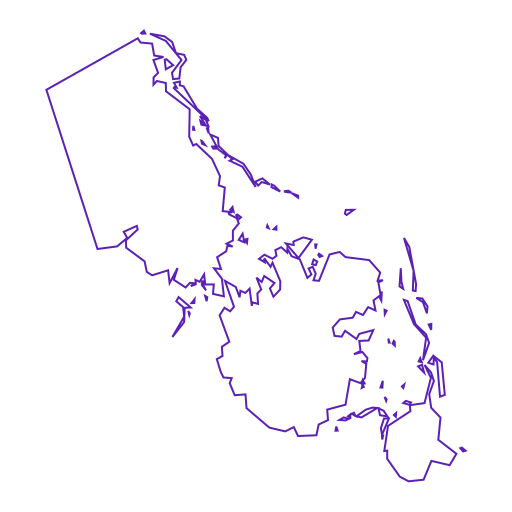 the district of Marovo, Western, Solomon Islands
{"feature_id": "97153195B98406832943487", "entity_name": "Marovo", "entity_type": "district", "adm_level": 2, "iso_a3": "SLB", "parent_name": "Solomon Islands", "parent_adm1": "Western", "projection": "robinson", "projection_center": [157.974, -8.525], "detail": "fine", "context": "isolated", "style": "outline", "palette": "violet", "viewbox_px": 512, "rotation_deg": 0, "n_neighbors": 0, "source": "geoboundaries", "source_scale": "gbopen_adm2", "svg_char_len": 6141}
<svg xmlns="http://www.w3.org/2000/svg" viewBox="0 0 512 512"><path d="M46.4,89.8L97.5,249.0L117.1,246.4L127.2,237.9L123.7,231.8L136.8,225.9L137.7,229.4L125.9,240.4L126.2,247.7L144.6,261.4L146.8,271.9L152.1,275.3L168.1,270.3L169.6,283.1L177.6,268.0L173.8,279.8L185.6,287.5L190.0,282.8L194.0,283.2L190.9,286.1L195.8,284.3L195.5,279.9L199.7,281.8L204.1,274.3L205.2,284.5L213.8,284.4L213.0,293.9L223.9,296.3L221.9,278.7L214.0,268.3L221.0,269.0L217.1,257.2L226.2,251.3L227.4,245.9L232.7,246.5L226.6,243.7L232.9,240.5L232.9,230.7L238.8,223.4L236.8,218.2L229.2,214.4L228.6,212.8L232.3,212.2L222.7,211.1L224.8,187.5L218.7,185.3L220.0,176.1L212.0,158.9L196.3,144.0L193.1,145.5L189.2,136.7L189.7,109.3L166.0,91.3L165.8,83.0L156.9,81.0L153.5,84.7L153.6,77.3L158.1,72.9L153.4,60.0L163.5,57.0L154.2,55.5L152.1,43.6L140.5,42.5L137.8,38.3L46.4,89.8ZM383.0,280.2L377.6,280.7L380.2,272.6L369.2,260.1L345.5,257.1L339.7,252.0L329.6,254.4L319.0,280.8L313.5,280.3L315.7,273.7L312.7,266.8L308.6,268.5L311.4,274.4L307.4,277.9L299.8,259.3L291.6,256.2L287.4,248.7L287.2,252.6L281.2,247.2L275.3,250.1L276.5,255.8L272.5,258.8L264.4,254.7L259.0,258.9L264.7,262.3L264.0,259.8L264.3,259.2L264.7,258.9L270.6,266.8L272.5,262.7L280.3,281.2L280.1,289.6L273.4,296.7L269.9,288.4L274.5,283.0L264.2,276.0L261.7,282.0L256.5,277.6L261.2,289.4L257.4,293.5L258.0,303.9L252.5,302.4L251.8,305.8L249.6,288.6L245.4,292.9L240.4,290.8L239.6,297.3L235.8,287.0L225.0,280.9L234.0,306.8L230.1,311.3L224.5,307.8L219.6,315.3L229.3,341.7L221.9,346.8L222.5,356.0L216.8,359.1L220.8,372.1L223.5,377.5L231.7,378.1L229.7,383.2L234.7,395.2L245.5,394.4L246.5,408.1L269.3,427.6L285.2,431.4L293.8,427.1L298.0,436.0L316.4,435.3L318.7,424.5L328.0,420.1L327.2,409.6L345.5,404.7L349.9,379.2L360.4,383.1L365.0,377.8L366.3,363.7L361.5,361.1L366.9,361.5L367.4,358.1L362.4,352.0L353.9,354.2L360.5,351.0L359.3,340.9L368.6,340.5L373.3,330.1L359.2,333.9L356.5,339.0L345.1,330.8L341.6,336.6L334.5,335.9L332.7,327.6L339.9,319.4L352.7,317.7L356.0,311.9L363.0,315.0L368.1,307.1L375.5,310.5L373.5,300.4L380.6,295.1L378.4,282.4L383.0,280.2ZM456.4,453.8L438.3,439.8L440.5,417.6L431.2,407.8L429.2,394.2L433.9,381.0L431.0,372.4L424.6,365.0L430.9,377.9L424.5,403.1L409.8,405.2L410.4,411.2L388.0,425.9L384.3,451.0L387.2,450.6L387.2,458.8L399.8,476.7L408.6,481.3L423.6,479.7L431.4,460.9L449.6,465.2L456.4,453.8ZM186.3,59.9L184.2,54.9L175.9,53.1L172.2,42.0L164.4,36.3L149.9,33.7L165.8,40.9L181.5,60.0L172.0,72.8L173.1,79.1L179.3,78.5L180.6,67.3L186.3,59.9ZM311.9,239.7L303.3,237.4L293.4,241.6L293.7,245.0L285.9,243.5L298.5,258.0L311.9,239.7ZM208.7,121.2L207.2,117.8L197.1,108.8L183.6,86.4L179.8,85.3L179.9,81.5L174.0,82.8L176.7,87.7L174.4,87.1L173.8,88.1L208.7,121.2ZM444.8,394.9L441.7,362.3L433.3,355.7L428.3,362.7L433.5,364.5L433.8,358.1L437.1,361.9L440.0,396.7L444.8,394.9ZM190.7,307.5L178.6,297.1L176.3,301.3L183.1,307.1L184.2,316.6L172.4,337.0L184.1,322.1L184.7,307.8L190.7,307.5ZM429.1,342.9L426.0,334.2L415.7,324.5L407.6,301.0L403.9,299.9L413.9,324.0L426.1,337.7L423.0,360.2L429.1,342.9ZM416.1,284.1L409.3,247.0L404.0,238.0L413.6,270.9L412.8,290.5L415.6,291.1L416.1,284.1ZM255.6,186.9L250.7,174.4L243.5,163.8L227.4,154.7L232.5,159.2L229.6,160.7L242.4,166.7L255.6,186.9ZM377.2,408.0L372.5,407.6L365.7,409.7L356.5,416.3L361.5,417.4L377.2,408.0ZM227.5,154.5L218.6,145.9L218.0,137.9L210.2,134.5L218.2,149.3L226.1,155.2L224.6,158.2L227.5,154.5ZM388.9,418.5L384.0,418.5L380.9,428.2L382.0,434.9L388.9,418.5ZM173.1,65.2L166.4,59.2L164.7,59.7L165.8,69.3L173.1,65.2ZM208.4,126.1L205.9,119.9L200.0,116.1L205.4,124.8L200.4,120.9L201.4,124.7L208.4,126.1ZM387.4,416.4L383.6,410.7L378.5,408.4L380.0,415.2L387.4,416.4ZM427.5,306.4L422.4,298.5L416.3,297.9L423.0,302.2L426.9,313.3L427.5,306.4ZM270.0,184.6L262.4,178.4L255.2,181.7L258.1,185.6L261.8,182.0L270.0,184.6ZM424.1,372.6L422.0,364.8L418.1,366.4L424.1,372.6ZM317.2,261.5L313.6,259.5L312.1,264.2L315.8,265.1L317.2,261.5ZM403.2,288.8L401.4,281.7L400.8,268.2L399.5,286.4L403.2,288.8ZM353.8,209.8L345.8,209.9L344.9,213.6L346.6,215.0L353.8,209.8ZM431.2,329.9L431.3,323.9L428.7,324.5L431.2,329.9ZM348.6,418.9L343.7,417.4L339.4,420.0L345.5,420.4L348.6,418.9ZM206.6,301.2L207.3,297.2L205.1,295.9L206.6,301.2ZM411.0,402.5L405.9,400.9L403.3,403.0L409.4,404.8L411.0,402.5ZM244.3,242.3L242.6,233.7L238.7,239.9L244.3,242.3ZM206.0,290.4L202.3,283.8L203.8,283.6L204.6,281.4L202.3,281.3L201.8,284.9L206.0,290.4ZM381.3,300.6L381.8,291.5L380.6,297.2L379.7,297.5L381.3,300.6ZM280.2,191.5L274.3,185.8L271.8,184.5L271.5,187.2L280.2,191.5ZM241.0,217.3L237.4,214.5L236.2,215.2L238.8,219.2L241.0,217.3ZM233.6,211.8L232.5,207.0L230.2,209.7L233.6,211.8ZM364.6,383.5L362.8,380.3L362.2,384.0L364.6,383.5ZM337.6,430.6L336.3,426.5L335.5,430.7L337.6,430.6ZM315.6,248.7L316.5,244.4L315.2,244.4L315.6,248.7ZM386.6,310.7L384.6,309.8L384.8,314.2L386.6,310.7ZM421.7,362.2L420.2,358.2L418.7,361.4L421.7,362.2ZM389.6,342.6L388.3,338.5L388.8,342.6L389.6,342.6ZM355.4,415.8L353.8,412.7L351.9,413.9L355.4,415.8ZM465.6,450.7L461.8,447.6L460.3,448.2L463.1,451.4L465.6,450.7ZM298.1,197.7L298.1,195.6L291.8,193.2L298.1,197.7ZM276.4,229.7L276.4,226.7L273.7,229.2L276.4,229.7ZM189.8,313.5L188.3,311.0L189.3,315.1L189.8,313.5ZM216.5,148.6L214.4,146.3L212.1,146.6L213.2,148.6L216.5,148.6ZM403.3,388.0L404.3,384.4L401.9,386.5L403.3,388.0ZM350.3,417.5L350.4,414.4L348.0,416.3L350.3,417.5ZM386.6,399.3L384.6,397.0L386.1,400.9L386.6,399.3ZM394.8,345.6L394.6,341.7L393.8,340.9L392.6,343.6L394.8,345.6ZM291.5,192.7L288.4,190.7L284.8,191.2L285.1,191.9L291.5,192.7ZM395.8,416.8L396.1,413.0L393.9,415.0L395.8,416.8ZM194.3,129.9L193.3,125.9L193.0,129.7L194.3,129.9ZM268.7,228.2L267.4,225.4L266.8,227.4L268.7,228.2ZM363.8,386.9L362.7,384.6L361.8,387.9L363.8,386.9ZM145.3,33.5L143.9,30.7L141.1,33.1L141.9,33.7L145.3,33.5ZM382.4,387.6L382.8,380.8L380.5,387.5L382.4,387.6ZM247.0,242.9L247.4,238.9L244.9,239.7L247.0,242.9ZM322.1,256.0L319.0,253.7L318.3,255.0L319.6,257.0L322.1,256.0ZM208.7,133.3L208.1,127.6L206.8,128.3L208.7,133.3ZM205.1,145.1L202.2,141.2L201.4,140.8L202.0,143.7L205.1,145.1ZM382.3,439.5L383.0,436.0L382.0,436.5L382.3,439.5ZM194.3,303.0L194.6,299.1L191.5,303.1L194.3,303.0Z" fill="none" stroke="#5b21b6" stroke-width="2"/></svg>